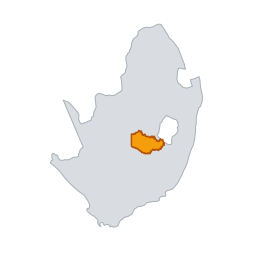 Xhariep, Free State, South Africa shown in context, rotated 338°
{"feature_id": "47623444B92402502391318", "entity_name": "Xhariep", "entity_type": "district", "adm_level": 2, "iso_a3": "ZAF", "parent_name": "South Africa", "parent_adm1": "Free State", "projection": "equal_earth", "projection_center": [25.946, -29.761], "detail": "fine", "context": "in_parent", "style": "filled", "palette": "amber", "viewbox_px": 256, "rotation_deg": 338, "n_neighbors": 0, "source": "geoboundaries", "source_scale": "gbopen_adm2", "svg_char_len": 8118}
<svg xmlns="http://www.w3.org/2000/svg" viewBox="0 0 256 256"><g transform="rotate(338 128 128)"><path d="M174.6,41.9L180.3,40.9L182.8,41.5L185.8,43.0L188.7,43.5L193.5,43.0L195.2,43.2L196.5,43.7L197.4,44.5L198.7,50.5L199.8,57.0L199.8,59.0L199.9,59.8L201.3,62.5L201.8,64.2L202.5,65.6L204.2,72.4L204.4,73.6L204.1,90.0L203.4,92.0L203.6,94.6L202.8,94.9L198.1,91.6L197.2,91.8L195.9,93.0L194.6,94.9L194.0,96.6L191.6,101.0L191.4,103.7L191.5,106.1L192.3,106.2L192.9,108.0L194.1,110.7L196.3,112.4L198.3,113.2L201.1,113.4L203.4,113.4L203.3,111.5L203.9,106.6L207.6,107.2L213.1,107.0L212.7,110.2L210.5,117.6L209.1,125.7L207.4,129.9L206.4,131.6L203.7,134.6L202.3,135.6L201.1,135.9L196.4,142.0L194.7,144.9L193.1,149.2L191.5,151.5L189.3,156.4L185.3,163.8L182.0,168.5L180.5,169.9L179.6,170.5L177.0,173.3L173.3,177.8L170.5,181.7L166.3,186.2L163.9,188.1L160.3,191.9L159.3,192.5L155.3,196.1L152.4,198.2L147.7,200.7L145.8,201.4L141.4,200.8L139.5,201.1L138.0,202.6L137.8,204.8L137.2,205.1L133.1,204.1L131.4,204.3L130.5,205.4L129.7,206.9L127.4,206.9L123.2,205.4L118.3,204.5L117.2,204.4L114.8,205.5L114.0,205.7L110.6,205.5L108.6,204.8L106.8,204.8L105.4,205.3L103.7,205.5L99.2,209.6L96.8,209.6L94.8,210.1L91.2,209.5L90.1,209.8L89.0,210.5L86.6,210.8L85.6,211.4L81.6,215.1L79.8,214.7L77.7,214.7L75.2,212.7L74.2,212.8L74.5,212.2L74.5,211.2L73.6,210.1L72.7,210.2L72.1,209.3L70.7,209.2L69.5,209.5L69.1,206.1L68.6,205.7L67.1,205.7L66.4,205.8L66.0,206.1L65.7,206.9L65.7,209.2L65.2,208.6L64.6,207.1L64.4,205.6L64.5,203.8L65.6,203.1L65.2,200.8L63.4,196.9L62.3,196.0L61.4,194.0L60.5,193.3L60.2,191.8L59.3,190.7L59.0,188.9L59.4,187.9L60.1,187.3L60.8,188.2L61.7,187.8L63.0,186.5L63.7,184.5L63.6,181.4L63.4,179.4L62.2,174.2L61.7,173.1L59.3,169.4L56.5,164.4L52.9,156.6L51.1,151.9L48.4,142.3L46.0,136.9L43.2,131.8L42.9,131.5L43.2,130.9L44.7,129.7L45.3,129.4L45.6,129.6L46.0,129.2L46.3,128.4L46.5,126.6L47.1,124.8L47.7,124.0L48.9,123.4L49.9,124.1L50.3,124.8L50.5,125.7L51.0,126.2L51.6,126.1L52.1,126.7L52.4,127.9L52.4,128.7L52.0,129.2L52.1,129.9L52.6,130.8L53.2,132.6L55.8,133.6L57.3,133.7L58.7,134.2L60.0,135.0L62.2,135.2L65.2,134.8L67.6,135.0L69.6,135.8L71.0,135.9L71.8,135.4L72.2,134.7L72.1,133.7L72.5,133.1L73.5,132.9L74.2,132.1L74.8,130.9L76.1,129.9L78.2,129.2L79.3,129.2L78.4,78.1L82.3,81.6L83.2,83.3L85.1,88.1L87.1,94.0L87.5,96.9L87.4,97.5L85.5,101.4L85.5,103.3L85.7,105.5L86.2,106.7L86.8,107.0L88.1,106.5L90.2,107.1L94.2,106.8L96.2,107.1L96.7,106.9L97.2,106.4L97.7,105.1L98.1,104.6L100.0,104.1L100.8,103.3L102.1,100.6L106.0,97.0L106.4,96.2L108.9,87.6L109.6,86.4L110.7,85.6L112.9,84.9L114.2,85.3L115.6,86.0L117.1,87.3L119.5,89.6L120.3,90.0L122.6,90.1L124.1,91.6L128.4,92.6L129.7,92.6L131.0,91.8L133.3,91.8L135.7,91.2L137.2,89.7L140.0,80.3L140.3,78.2L140.6,77.6L142.9,76.6L145.7,75.8L146.3,75.3L148.0,72.7L150.3,70.5L151.9,63.0L152.9,61.2L153.6,60.4L154.0,60.4L154.6,59.9L155.4,59.0L156.3,58.4L157.3,58.2L158.0,57.6L158.3,56.6L158.8,56.1L159.6,56.1L160.1,55.8L160.2,55.1L161.9,53.5L161.9,52.8L162.9,51.2L164.9,48.7L166.7,47.3L168.4,47.0L171.5,45.7L172.7,44.4L173.4,42.8L174.6,41.9ZM168.5,152.3L171.3,151.0L173.3,149.4L173.8,146.4L175.4,144.6L176.0,142.9L176.4,140.5L175.5,138.0L174.3,137.3L172.0,135.2L171.0,133.7L169.6,132.5L168.6,131.0L167.0,131.5L164.5,132.7L163.0,133.8L161.7,135.0L159.4,136.0L157.2,140.0L156.5,140.9L154.8,143.9L152.4,145.4L152.3,145.9L153.1,148.3L154.2,150.7L155.4,152.7L155.3,153.9L155.7,154.8L156.8,155.5L158.6,157.9L159.4,158.7L162.1,159.3L162.5,159.1L163.3,157.7L163.4,156.7L165.2,153.5L166.0,152.5L168.5,152.3Z" fill="#d9dde1" stroke="#a8b0b8" stroke-width="1"/><path d="M129.1,134.4L124.5,145.8L124.5,146.5L124.8,146.8L125.2,147.6L125.4,147.9L125.5,148.0L125.7,147.9L126.1,148.0L126.1,148.3L126.3,148.4L126.6,148.4L126.8,148.8L127.2,149.3L127.6,149.3L127.7,149.1L127.8,149.2L127.8,149.3L127.8,149.7L127.9,150.2L128.4,150.4L128.7,150.4L129.1,150.5L129.3,150.8L129.2,151.0L129.3,151.4L129.4,151.6L129.6,151.8L129.6,152.1L129.9,152.3L130.0,152.9L130.2,153.0L130.2,153.3L130.3,153.4L130.5,153.3L130.6,153.5L130.8,153.6L130.8,153.8L130.7,154.0L130.9,154.2L131.0,154.2L131.1,154.5L131.3,154.5L131.5,154.4L131.7,154.8L131.7,155.1L131.6,155.5L131.9,155.4L132.2,155.6L132.4,156.1L132.5,156.3L132.9,156.6L132.8,156.8L133.1,157.1L133.2,157.3L133.4,157.4L133.7,157.3L133.7,157.5L133.9,157.6L134.1,157.9L134.2,158.1L134.4,158.4L134.6,158.3L134.7,158.1L134.8,158.2L135.0,158.1L135.3,158.3L135.5,158.4L135.6,158.5L135.9,158.8L136.0,159.0L136.6,158.9L137.0,158.9L137.3,158.6L137.7,159.0L137.5,159.4L137.5,159.5L137.8,159.5L138.2,159.3L138.3,159.3L138.2,159.6L138.4,159.7L138.6,159.8L138.9,159.8L139.1,159.9L139.3,159.4L139.4,159.2L139.9,159.2L140.1,158.9L140.4,158.8L140.4,158.7L140.2,158.2L140.3,157.9L140.5,157.9L140.7,158.2L140.7,158.3L140.7,158.5L140.8,158.5L140.9,158.4L140.9,158.1L141.0,158.0L141.3,157.9L141.8,157.8L142.0,157.7L142.5,157.6L142.7,157.8L143.0,157.9L143.0,157.6L142.8,157.4L143.0,157.1L143.5,157.4L143.5,157.7L143.5,157.8L144.2,157.9L144.2,158.2L144.4,158.4L144.3,158.5L144.5,158.6L145.1,158.6L145.3,158.5L145.5,158.5L145.6,158.3L145.8,158.2L146.1,158.3L146.5,158.6L146.4,159.0L146.7,159.1L147.2,159.6L147.4,159.6L147.9,159.5L148.0,159.7L147.9,159.8L147.9,160.0L148.2,159.9L148.4,159.6L148.5,159.9L148.9,159.6L149.2,159.6L149.4,159.4L149.7,159.2L149.8,159.3L150.1,159.7L150.1,159.8L150.3,159.9L150.5,159.8L150.5,159.5L151.1,159.6L151.2,159.4L151.0,159.0L151.2,158.8L151.7,158.6L151.9,158.8L152.1,158.7L152.0,158.4L151.9,158.2L151.7,158.1L151.8,157.9L152.0,157.8L152.6,157.7L152.6,157.8L152.7,158.0L152.8,158.1L153.0,157.9L153.0,157.6L153.5,157.5L153.8,157.4L153.9,157.2L154.0,157.2L154.0,157.5L154.1,157.1L154.3,157.1L154.3,157.4L154.5,157.4L154.8,157.5L154.8,157.4L155.1,157.1L155.0,156.9L154.8,156.8L154.7,156.7L154.8,156.6L155.2,156.7L155.5,156.5L155.4,156.3L155.2,156.4L155.1,156.2L155.5,156.0L155.9,155.9L155.9,155.7L155.8,155.4L155.7,155.4L155.6,155.6L155.5,155.4L155.5,155.1L155.4,155.1L155.5,154.9L155.6,155.0L155.7,154.9L155.8,154.9L155.7,154.7L155.8,154.7L155.7,154.7L155.7,154.4L155.5,154.2L155.5,153.9L155.5,153.6L155.6,153.3L155.5,153.1L155.7,152.9L155.8,152.8L155.9,152.6L156.0,152.6L155.9,152.6L155.9,152.4L155.8,152.5L155.1,152.5L154.8,151.3L154.7,151.2L154.5,150.9L154.4,150.9L154.2,150.6L154.0,150.3L153.7,150.5L153.4,150.5L153.3,150.9L153.1,150.6L152.7,150.9L153.0,151.0L152.7,151.2L152.4,151.5L152.0,151.6L151.7,151.5L151.7,152.0L151.2,152.0L149.9,150.9L150.3,150.8L150.4,150.7L150.4,150.4L150.2,150.3L150.0,150.0L149.7,150.3L149.8,150.2L149.8,149.9L149.8,149.6L149.7,149.4L149.8,149.3L149.8,149.2L149.7,149.1L149.6,148.9L149.4,148.9L149.0,148.3L149.3,147.9L149.4,147.1L149.5,146.9L149.2,146.6L149.2,146.4L149.1,146.5L148.9,146.6L148.8,146.2L148.7,146.3L148.3,146.8L148.3,146.6L148.1,146.7L148.0,146.4L147.9,146.4L148.0,145.8L148.2,145.6L148.3,145.4L148.2,145.3L147.9,145.5L147.3,145.7L147.2,145.8L147.1,145.7L147.1,145.4L147.2,145.1L147.2,144.7L146.9,144.7L146.7,144.6L146.6,144.9L146.6,145.0L146.5,144.8L146.4,144.8L146.4,144.7L146.2,144.8L145.8,144.7L145.6,144.8L145.5,145.3L144.4,145.0L144.4,144.2L144.1,143.8L144.0,143.7L143.8,143.4L143.2,143.2L142.9,143.3L142.6,143.3L142.6,143.2L142.4,143.2L142.5,143.4L142.3,143.4L142.1,142.9L141.9,142.8L141.8,142.5L141.3,142.3L141.2,142.1L141.1,141.8L141.5,141.7L141.6,141.1L141.4,140.5L141.2,140.8L140.6,141.0L140.5,140.3L140.1,140.3L139.9,140.0L139.5,140.4L139.4,140.3L139.5,140.0L139.3,139.9L138.8,139.9L138.9,139.4L138.9,139.2L139.1,139.1L138.8,138.7L139.0,138.6L139.1,138.4L138.8,138.4L138.7,138.2L138.8,137.9L138.7,137.8L139.0,137.1L138.6,136.9L138.9,136.5L138.8,136.2L138.9,135.5L138.6,135.5L138.4,135.5L138.2,135.4L137.9,135.2L137.8,135.3L137.7,135.2L137.6,135.4L137.5,135.2L137.4,135.1L137.1,135.1L136.9,135.2L136.7,135.0L136.7,134.8L136.5,135.0L136.2,135.2L135.8,135.4L135.5,135.4L135.5,135.6L135.4,135.6L135.1,135.6L134.9,135.5L134.8,135.4L134.7,135.3L134.4,135.3L134.2,135.3L133.9,135.4L133.7,135.5L133.5,135.3L133.3,135.5L133.2,135.9L132.9,136.1L132.7,136.0L132.5,136.3L132.4,136.3L132.1,135.5L131.2,135.5L131.0,136.0L130.9,136.1L129.8,135.3L129.2,135.6L129.1,134.8L129.1,134.4Z" fill="#f59e0b" stroke="#b45309" stroke-width="1.5"/></g></svg>